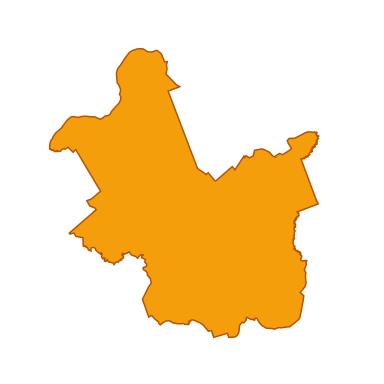 Pampāļu pag., Saldus, Latvia, rotated 81°
{"feature_id": "27541924B77529018431464", "entity_name": "Pampāļu pag.", "entity_type": "district", "adm_level": 2, "iso_a3": "LVA", "parent_name": "Latvia", "parent_adm1": "Saldus", "projection": "mercator", "projection_center": [22.17, 56.561], "detail": "fine", "context": "isolated", "style": "filled", "palette": "amber", "viewbox_px": 384, "rotation_deg": 81, "n_neighbors": 0, "source": "geoboundaries", "source_scale": "gbopen_adm2", "svg_char_len": 5919}
<svg xmlns="http://www.w3.org/2000/svg" viewBox="0 0 384 384"><g transform="rotate(81 192 192)"><path d="M308.8,254.3L307.6,251.2L311.9,248.3L315.2,245.5L316.8,245.2L318.3,244.1L316.4,240.9L315.4,237.8L315.6,234.8L315.9,234.1L316.8,233.2L317.0,232.4L318.1,231.7L318.5,231.0L318.8,229.5L319.6,227.8L320.1,225.8L320.7,220.7L321.6,219.6L322.3,216.5L321.8,215.4L320.9,215.9L320.2,214.6L319.1,215.1L319.3,213.4L318.3,212.8L318.6,210.7L322.4,204.7L323.5,203.4L325.4,201.6L332.1,197.6L331.9,194.4L339.0,193.3L337.1,179.1L341.3,178.5L341.9,172.1L341.7,171.7L340.9,170.0L338.5,167.9L331.2,165.8L328.4,163.0L329.3,162.0L329.3,161.5L328.8,160.6L327.0,158.5L324.4,158.0L324.9,156.7L327.0,153.7L327.4,152.8L327.2,151.6L327.4,151.1L328.2,151.0L328.3,150.1L327.0,149.5L326.5,148.9L327.0,147.7L331.8,145.9L334.9,143.8L338.1,140.0L339.5,133.8L340.5,132.1L339.5,128.0L340.1,125.2L340.2,117.6L340.5,116.8L336.9,110.3L334.4,106.4L332.5,104.9L316.4,99.1L312.0,97.8L308.1,100.9L303.4,95.3L299.5,93.5L293.8,93.3L289.6,92.2L286.3,93.2L281.5,90.4L279.3,90.4L277.8,89.3L277.3,90.2L277.6,93.0L276.9,94.6L276.4,95.0L275.3,95.2L272.5,93.5L271.4,94.1L271.4,94.5L270.3,95.4L269.9,95.1L270.0,94.7L269.4,94.7L269.3,94.3L268.7,94.9L268.4,94.7L268.3,95.0L268.5,95.2L268.4,95.5L267.6,95.7L267.9,96.7L267.2,96.5L266.7,97.1L266.4,96.9L266.2,97.7L266.6,98.2L265.7,98.6L265.7,98.9L265.2,99.3L264.6,99.3L264.3,99.9L264.2,99.4L263.5,99.8L263.1,99.4L263.2,99.2L262.6,99.4L262.0,99.0L262.0,99.6L261.5,99.5L261.0,99.9L259.6,99.8L257.9,100.5L256.9,99.6L256.0,99.7L255.2,99.1L254.6,99.5L254.5,98.7L253.9,98.2L253.7,98.5L252.7,98.0L251.5,98.4L251.1,98.0L250.2,98.0L249.6,97.4L247.7,97.3L247.5,96.9L246.5,96.3L246.1,96.8L245.5,96.7L244.6,97.2L244.4,96.8L243.3,96.4L243.1,95.8L242.6,96.2L242.5,95.5L242.1,95.5L242.3,95.2L241.5,94.9L241.0,95.2L240.3,94.8L239.5,95.1L239.6,95.7L239.3,96.2L238.4,95.3L238.0,95.6L237.8,95.4L237.4,95.6L236.9,94.9L236.6,95.6L236.3,95.4L236.2,94.5L235.4,94.6L235.5,93.7L234.8,93.8L235.0,93.4L235.3,93.5L235.2,93.2L234.5,93.1L233.8,92.5L233.5,93.0L233.3,92.8L233.4,92.5L233.0,92.1L233.4,91.7L233.1,91.2L232.6,91.3L232.6,91.0L232.1,90.8L232.0,90.1L230.6,90.1L229.9,90.5L229.6,90.1L228.9,90.9L228.6,90.6L228.1,91.1L223.5,69.1L220.9,69.8L220.4,70.3L176.4,79.2L176.3,78.7L176.9,78.7L176.1,76.5L176.7,76.4L176.7,75.8L176.3,75.4L176.0,75.9L175.6,75.8L175.5,74.9L175.7,74.6L175.2,74.2L175.5,73.7L174.8,73.6L175.1,73.1L174.9,72.8L175.4,72.1L175.0,71.8L174.5,72.3L174.3,72.0L174.4,71.5L173.6,70.6L173.8,70.2L173.5,69.8L172.7,70.4L172.0,70.1L170.0,67.6L170.2,67.4L171.2,67.9L171.0,67.0L170.5,66.6L169.9,66.6L168.9,67.6L168.5,67.4L168.3,66.1L167.7,65.4L166.8,65.7L167.0,66.2L166.3,66.1L166.2,64.7L166.8,64.0L166.1,63.9L166.3,63.2L164.9,63.5L165.2,64.0L164.7,64.0L164.5,63.4L164.6,61.9L163.8,62.0L164.0,61.0L162.9,61.1L162.6,61.4L162.8,61.7L162.2,61.5L162.1,60.5L161.3,60.5L160.9,60.9L160.3,61.0L160.0,60.0L159.6,60.0L159.1,58.9L158.6,59.5L158.0,59.5L156.6,58.1L156.1,58.7L156.6,59.3L155.9,59.6L155.8,60.1L154.0,60.2L153.9,59.6L152.8,59.3L152.3,59.9L152.5,60.5L152.1,61.2L152.6,61.4L152.1,62.0L150.7,68.0L151.5,71.7L155.0,82.1L154.3,87.6L156.1,89.9L159.3,89.2L164.4,86.9L165.7,88.4L169.3,96.6L167.6,99.7L169.5,103.9L170.3,103.9L170.6,104.4L169.0,106.6L164.6,109.5L161.4,114.2L160.3,116.5L160.6,123.7L165.9,125.8L167.2,130.0L164.6,133.0L166.2,134.4L164.6,135.0L176.8,146.1L173.2,148.3L184.8,166.8L184.6,167.6L175.5,173.0L176.8,175.3L169.5,182.9L88.6,199.8L86.1,187.6L83.6,190.7L71.5,199.2L66.6,197.4L62.4,197.3L59.4,196.0L59.3,198.6L50.7,200.7L46.6,204.5L46.7,206.0L47.3,208.3L47.3,211.3L46.6,213.7L43.1,217.8L42.5,219.9L42.1,223.5L42.9,228.6L44.0,231.4L44.8,232.5L49.8,237.7L54.9,242.2L58.8,246.2L61.7,247.6L63.4,248.1L72.5,248.8L74.7,247.6L79.4,246.5L81.8,247.1L84.1,248.3L87.2,247.4L89.7,248.0L92.7,250.1L99.7,258.8L102.7,261.0L103.4,263.3L103.3,265.3L103.5,266.4L104.7,268.2L105.4,269.7L105.7,270.7L105.1,272.5L102.9,275.6L102.6,276.4L101.6,281.2L100.6,284.6L100.1,288.7L100.5,292.3L100.2,293.8L98.8,298.2L98.9,299.1L99.5,301.0L100.0,301.4L101.0,303.4L101.8,304.4L108.6,311.3L112.3,317.2L114.4,319.4L115.8,320.7L117.5,321.5L118.8,323.1L120.3,324.0L123.5,325.2L127.4,325.9L127.6,325.1L128.0,325.0L128.0,324.5L128.7,324.1L128.8,323.7L128.6,322.8L129.4,322.6L129.7,322.1L129.5,321.8L130.5,321.0L130.7,320.6L130.4,320.2L130.8,319.9L130.5,319.6L130.6,319.4L130.4,318.7L130.0,318.6L130.3,318.0L131.0,317.8L131.1,315.4L129.7,314.0L129.2,312.4L129.8,310.6L128.5,307.4L134.2,303.2L131.9,300.2L176.9,282.2L182.8,291.8L183.3,293.0L184.1,297.3L189.9,295.1L192.6,290.4L194.5,289.4L195.7,291.2L195.6,291.5L197.3,293.8L213.4,319.6L214.6,319.0L214.2,317.7L214.1,314.9L217.7,313.7L220.0,306.8L228.4,307.9L228.9,307.1L228.5,306.3L229.2,305.1L229.7,305.4L230.9,303.9L233.2,303.3L234.5,300.9L233.0,300.9L231.2,300.0L231.6,297.2L232.9,296.3L234.3,296.2L237.5,293.7L238.0,293.0L238.0,291.7L238.7,292.3L239.0,292.2L238.4,291.0L238.8,290.6L241.4,291.5L243.6,290.9L244.0,290.5L243.5,289.6L243.5,288.8L244.3,288.2L244.9,289.2L245.8,289.0L246.7,289.2L246.6,288.6L247.1,288.0L246.1,287.0L245.9,286.3L246.7,286.6L247.1,285.6L248.0,285.2L249.2,282.6L249.4,281.5L249.9,281.0L251.6,280.4L251.4,280.0L249.9,279.2L249.8,278.2L249.1,277.0L249.8,275.8L248.4,274.6L248.5,273.3L247.5,273.3L247.4,272.9L247.9,272.0L247.0,271.8L246.6,270.2L245.0,269.7L243.6,270.9L241.8,270.4L242.0,269.8L243.0,269.9L243.3,269.5L243.1,268.6L242.2,267.9L242.5,266.9L242.2,265.6L241.8,265.1L241.9,264.7L241.3,264.0L241.3,263.5L244.1,262.1L245.0,261.3L246.8,257.8L249.0,256.0L246.3,253.5L245.9,251.7L246.6,250.0L246.9,250.1L247.0,251.5L249.0,252.2L250.2,250.2L251.5,248.6L253.8,249.7L255.2,248.8L255.8,248.1L256.5,248.1L257.9,248.5L258.5,249.1L259.1,252.1L259.6,252.3L261.3,252.0L263.4,249.5L264.1,249.3L264.6,248.7L267.1,249.2L267.7,248.6L268.4,248.4L268.8,247.7L270.1,247.6L270.0,247.2L270.9,246.7L275.6,246.5L279.0,249.8L290.2,257.7L308.8,254.3Z" fill="#f59e0b" stroke="#b45309" stroke-width="1.5"/></g></svg>